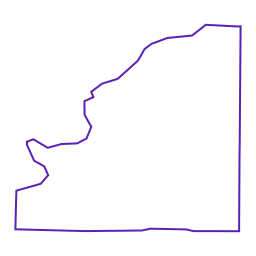 outline of Osage, Missouri, United States of America
{"feature_id": "52423323B54445613947141", "entity_name": "Osage", "entity_type": "district", "adm_level": 2, "iso_a3": "USA", "parent_name": "United States of America", "parent_adm1": "Missouri", "projection": "robinson", "projection_center": [-91.946, 38.498], "detail": "fine", "context": "isolated", "style": "outline", "palette": "violet", "viewbox_px": 256, "rotation_deg": 0, "n_neighbors": 0, "source": "geoboundaries", "source_scale": "gbopen_adm2", "svg_char_len": 550}
<svg xmlns="http://www.w3.org/2000/svg" viewBox="0 0 256 256"><path d="M237.9,26.5L205.8,24.8L192.1,35.5L167.2,38.0L151.4,43.9L144.6,49.0L137.9,60.7L117.6,78.9L102.1,83.6L91.2,91.8L93.4,97.1L84.4,101.2L84.6,114.9L91.3,126.8L86.5,138.5L77.2,143.4L61.6,144.0L47.7,147.8L33.3,139.3L26.9,141.8L27.0,144.9L34.2,160.8L44.2,166.3L48.2,175.2L40.7,183.8L16.4,190.6L15.9,208.0L15.4,229.3L84.8,231.1L141.9,230.5L150.4,228.7L186.1,229.4L193.4,231.1L239.1,231.2L239.5,157.5L239.7,144.0L240.6,26.3L237.9,26.5Z" fill="none" stroke="#5b21b6" stroke-width="2"/></svg>